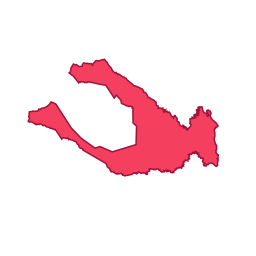 Natá, Coclé, Panama (Equal Earth projection), rotated 323°
{"feature_id": "35544464B34779473724765", "entity_name": "Natá", "entity_type": "district", "adm_level": 2, "iso_a3": "PAN", "parent_name": "Panama", "parent_adm1": "Coclé", "projection": "equal_earth", "projection_center": [-80.564, 8.407], "detail": "fine", "context": "isolated", "style": "filled", "palette": "rose", "viewbox_px": 256, "rotation_deg": 323, "n_neighbors": 0, "source": "geoboundaries", "source_scale": "gbopen_adm2", "svg_char_len": 5970}
<svg xmlns="http://www.w3.org/2000/svg" viewBox="0 0 256 256"><g transform="rotate(323 128 128)"><path d="M175.0,211.1L175.6,211.5L175.7,211.9L177.0,211.7L179.2,208.9L180.7,208.0L181.0,207.3L180.8,206.3L181.5,206.7L182.1,205.6L183.9,203.9L183.3,202.6L183.6,201.6L183.3,200.5L184.4,199.5L184.7,198.8L185.0,198.5L185.4,198.7L186.7,197.5L186.7,197.0L187.1,196.9L188.2,195.0L188.1,193.5L188.4,193.5L188.4,192.4L189.2,191.2L189.6,189.5L190.3,188.5L192.4,186.9L194.5,184.1L195.7,181.6L196.2,181.5L196.6,180.7L198.1,180.8L198.3,180.3L198.9,180.7L201.2,180.6L201.4,176.7L200.4,172.3L200.4,170.1L201.1,167.6L203.3,166.1L203.8,164.1L202.8,161.8L201.3,161.5L200.7,162.3L200.7,164.6L200.5,165.8L199.7,166.7L198.8,166.6L198.6,165.7L199.3,164.3L199.3,163.6L198.2,161.6L198.0,159.9L199.8,155.7L197.4,153.9L196.5,153.6L196.0,154.2L196.9,154.4L197.0,155.0L195.9,155.2L195.6,157.1L195.2,157.0L194.0,154.7L193.5,154.7L193.1,155.6L194.0,157.0L194.0,158.1L193.4,158.6L192.8,157.0L192.3,157.0L191.9,157.7L192.5,159.5L192.0,160.2L191.5,160.2L190.9,159.7L190.5,157.8L188.8,157.2L188.4,157.7L189.0,159.6L188.6,160.4L188.0,160.3L187.6,158.7L186.8,159.9L185.8,159.4L185.7,158.0L184.7,158.9L183.2,158.0L182.6,158.4L181.4,160.6L180.0,161.5L180.4,163.2L180.0,164.0L176.9,164.7L175.8,164.4L174.4,165.4L174.0,165.3L173.7,164.2L174.8,163.2L174.8,162.1L174.3,161.3L173.2,162.0L172.5,161.3L172.6,160.7L173.8,160.1L173.9,159.4L173.5,158.8L172.9,159.4L172.4,159.3L171.7,158.7L171.2,157.2L171.3,156.1L172.0,155.1L172.3,153.8L171.3,152.9L171.4,152.0L173.1,149.8L172.9,147.7L173.2,146.5L172.6,146.0L172.0,146.7L171.1,146.5L170.4,147.2L170.5,146.1L169.8,144.4L170.4,142.7L170.5,140.0L169.2,139.7L169.4,138.4L168.3,138.1L168.0,137.3L169.1,136.2L168.4,136.2L168.0,135.3L167.7,135.2L167.3,135.6L167.1,136.9L166.4,137.1L166.8,134.4L167.9,133.1L166.6,132.5L165.1,130.8L164.4,130.9L164.0,130.6L164.1,129.9L165.2,128.8L165.1,128.1L164.5,127.3L164.5,126.7L165.1,125.0L165.8,124.7L165.9,123.9L165.2,120.9L163.8,118.3L163.5,116.5L162.5,115.7L163.1,113.2L163.3,111.0L163.1,109.9L162.2,108.9L162.8,107.4L162.8,105.3L162.4,105.0L161.7,103.1L159.3,98.9L158.2,98.1L157.9,95.6L156.2,89.0L156.4,87.3L155.8,86.3L155.6,85.1L154.4,83.7L154.0,81.7L153.1,79.5L152.7,78.9L152.3,79.2L152.0,78.8L151.9,76.4L150.9,76.4L150.4,75.2L150.2,71.6L150.6,71.1L150.7,70.1L150.3,65.9L150.9,62.4L150.5,61.2L150.6,59.1L147.2,57.4L145.4,57.2L143.7,55.4L142.7,54.9L138.2,55.8L137.4,56.5L137.2,56.1L137.5,54.9L137.4,54.5L136.7,53.8L135.3,53.0L134.6,51.9L133.7,51.7L131.9,49.4L129.9,49.8L128.7,51.1L126.3,49.8L125.8,49.2L124.9,46.2L123.8,45.6L122.9,44.1L122.3,44.6L121.4,44.5L120.7,45.1L119.6,45.2L117.8,46.4L115.8,48.5L114.1,48.5L115.6,54.0L115.8,62.3L116.8,61.8L117.3,62.7L118.9,63.0L119.2,63.7L120.4,64.4L120.8,65.8L122.4,66.7L122.5,67.0L123.4,66.8L123.8,67.4L124.5,67.5L132.8,77.2L136.0,80.5L135.0,95.8L138.5,94.8L139.0,101.5L137.6,104.4L139.0,107.0L139.6,107.4L139.9,109.2L141.2,110.4L141.5,111.3L143.2,112.1L143.4,112.9L143.9,113.1L144.1,114.4L143.4,114.6L143.8,115.6L143.4,115.7L135.1,127.0L135.9,131.7L124.4,146.1L101.1,137.6L94.4,125.9L89.5,124.2L84.4,107.7L82.7,93.9L84.8,65.4L82.3,60.9L79.0,61.9L75.5,62.0L73.3,61.5L70.8,60.2L68.9,60.4L68.2,59.2L66.2,60.2L63.6,58.6L62.3,57.2L61.4,57.2L59.0,55.7L55.4,59.5L55.0,61.3L52.7,62.3L52.2,62.8L53.0,64.1L54.1,64.5L55.2,65.9L55.9,68.4L56.8,68.8L56.5,69.8L56.8,70.1L58.2,70.9L58.9,71.0L59.3,71.7L60.5,71.8L61.4,73.8L61.4,74.7L62.1,75.3L63.1,75.5L63.6,78.0L65.2,79.8L65.7,81.4L66.3,81.7L67.3,83.5L67.8,83.6L68.4,85.3L69.1,85.4L68.4,97.0L69.3,96.6L70.9,97.2L72.6,99.5L73.8,99.7L74.1,100.4L73.6,101.1L73.6,101.6L74.7,101.8L75.0,102.9L76.4,104.1L76.9,105.8L78.3,107.7L77.8,110.1L78.4,112.3L77.4,114.0L77.9,115.5L79.4,117.4L78.7,118.4L89.2,143.4L88.1,146.5L88.3,148.2L89.0,149.1L88.3,151.0L88.5,151.2L88.3,151.7L88.6,152.1L88.2,152.9L89.5,153.8L90.3,155.5L90.4,156.3L91.3,157.9L91.8,158.3L92.5,158.2L92.7,158.9L95.1,160.0L95.1,160.4L95.9,161.5L95.4,161.7L95.6,162.1L95.4,162.6L96.3,163.4L96.5,164.2L103.3,167.5L105.4,167.2L106.2,168.2L107.1,168.5L107.0,168.9L107.5,169.1L107.3,169.7L108.6,170.0L109.4,169.4L110.2,169.6L110.7,171.1L111.1,171.4L111.2,172.2L113.3,172.9L113.4,173.4L114.6,174.2L114.6,176.0L115.3,176.6L116.0,176.4L116.5,174.7L118.8,175.3L119.8,175.1L120.4,173.5L121.4,174.4L121.7,174.2L123.1,176.2L123.5,176.3L123.7,177.0L124.3,177.0L124.6,177.6L125.6,178.0L126.7,178.0L127.3,178.6L127.4,180.1L128.3,180.3L127.7,181.0L128.4,183.5L129.1,183.5L129.3,184.0L130.2,184.2L130.5,184.8L131.0,184.9L131.2,184.0L131.6,184.6L132.3,184.2L132.8,184.4L132.8,185.5L133.1,185.1L133.3,185.6L133.5,185.2L134.0,185.7L134.3,185.7L134.0,186.2L134.2,186.9L134.8,186.9L135.4,187.6L135.5,187.2L135.8,187.4L135.8,188.0L135.4,188.6L135.6,189.6L136.1,189.6L136.4,190.1L136.6,189.8L137.7,191.1L138.8,190.0L140.0,190.1L140.8,189.5L141.3,190.0L142.4,189.4L142.7,189.5L142.7,189.9L143.3,189.7L144.2,190.3L144.4,189.9L144.8,189.9L145.4,191.0L146.2,191.0L146.6,192.4L147.4,191.9L147.8,190.8L148.4,190.9L148.8,190.4L149.1,190.9L149.0,191.6L149.4,191.8L149.5,191.2L150.1,191.0L150.1,190.3L150.7,190.6L150.8,190.4L150.4,190.1L151.2,189.6L151.3,188.8L152.0,188.3L152.8,189.1L153.2,188.4L154.2,188.5L154.4,188.2L154.6,188.8L155.4,189.1L155.8,189.9L155.9,189.4L156.4,189.7L156.9,189.2L158.6,189.6L158.5,188.3L158.8,188.3L159.5,187.4L159.9,187.6L160.2,186.2L160.4,186.5L160.7,186.2L160.7,186.6L161.1,186.0L161.7,186.1L162.7,187.1L164.0,186.8L164.3,187.1L164.9,186.4L166.0,187.0L165.5,187.9L165.8,188.4L166.7,187.7L167.0,188.5L167.6,187.6L167.9,188.2L167.5,189.3L167.9,189.3L168.4,188.7L168.5,190.0L169.3,190.6L168.6,191.4L168.2,190.5L167.8,190.4L167.7,191.0L168.3,192.4L167.1,192.9L167.0,193.6L168.1,194.4L167.9,196.0L168.7,196.0L168.9,197.4L169.7,197.4L169.8,197.8L168.9,199.0L167.9,199.1L167.4,199.5L167.3,200.9L168.1,201.8L168.1,202.5L166.3,202.5L166.0,202.9L166.0,203.7L167.4,205.4L168.0,205.4L168.9,204.2L169.9,205.4L171.7,205.2L173.4,206.0L174.3,207.3L175.0,211.1Z" fill="#f43f5e" stroke="#9f1239" stroke-width="1.5"/></g></svg>